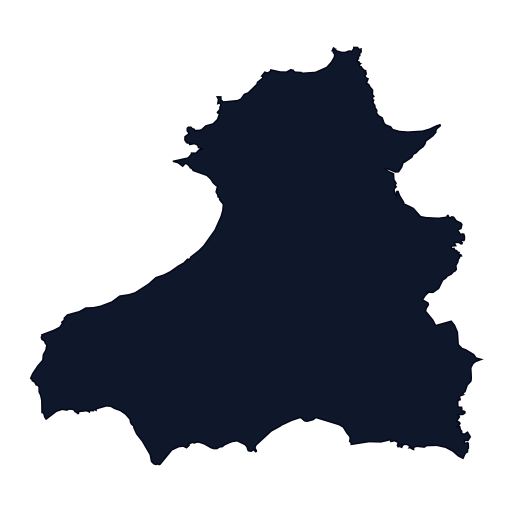 outline of Bangka Barat, Bangka-Belitung, Indonesia
{"feature_id": "22746128B47433230053131", "entity_name": "Bangka Barat", "entity_type": "district", "adm_level": 2, "iso_a3": "IDN", "parent_name": "Indonesia", "parent_adm1": "Bangka-Belitung", "projection": "orthographic", "projection_center": [105.522, -1.841], "detail": "fine", "context": "isolated", "style": "filled", "palette": "ink", "viewbox_px": 512, "rotation_deg": 0, "n_neighbors": 0, "source": "geoboundaries", "source_scale": "gbopen_adm2", "svg_char_len": 5992}
<svg xmlns="http://www.w3.org/2000/svg" viewBox="0 0 512 512"><path d="M453.6,217.2L451.9,216.8L449.4,218.2L448.1,215.5L447.4,215.5L446.7,217.2L438.7,218.3L426.1,217.7L420.5,216.6L413.3,208.4L403.7,203.8L403.2,203.1L403.7,202.4L399.6,195.7L398.0,191.4L396.9,191.4L396.3,192.4L396.6,195.9L394.7,193.7L394.0,189.2L396.2,186.7L394.9,185.4L396.1,183.3L393.9,179.7L393.5,173.7L388.8,171.7L385.4,169.3L387.7,168.8L395.5,172.0L398.5,171.8L401.6,167.2L403.3,162.1L404.4,162.2L411.8,157.2L413.3,154.1L415.9,152.9L419.1,149.5L423.0,146.7L424.8,144.2L425.8,141.0L432.8,135.8L435.9,132.1L435.5,131.6L436.6,128.8L440.1,126.0L440.3,125.2L439.8,124.8L436.0,126.1L429.7,129.1L422.6,131.2L407.9,132.1L399.6,131.5L392.6,129.6L390.7,126.9L386.1,125.1L384.2,123.6L382.2,117.9L378.6,115.8L376.4,113.0L376.9,110.6L375.0,107.6L374.8,105.4L372.8,102.6L373.7,100.2L372.7,99.6L372.5,98.3L373.0,96.7L373.8,96.4L372.4,94.5L372.6,90.1L369.5,86.4L369.3,85.3L367.7,83.8L366.7,84.2L366.3,83.6L368.1,78.8L366.4,78.1L365.1,76.4L365.0,75.6L366.2,74.1L365.9,71.9L364.9,71.8L365.5,70.6L364.3,70.4L362.0,68.2L361.3,66.8L360.0,66.9L359.3,64.7L360.6,63.6L359.3,63.1L359.0,61.9L357.5,61.5L357.2,59.5L358.5,58.8L358.5,56.3L359.8,55.6L359.6,53.3L360.8,52.6L361.3,50.8L360.8,50.2L361.1,49.0L358.8,49.4L357.6,47.5L353.8,47.4L353.8,48.6L352.0,51.3L349.0,51.0L345.4,52.4L341.6,52.4L336.6,50.9L335.4,50.0L335.6,49.3L334.5,49.2L334.4,48.4L333.5,48.0L332.1,50.8L333.5,51.4L333.4,52.7L334.7,54.2L334.4,57.1L331.6,62.0L326.8,67.4L315.5,72.4L302.3,73.3L301.3,72.5L295.3,72.2L293.6,71.4L293.4,70.4L290.9,69.7L286.4,72.1L280.3,72.0L270.8,69.9L270.5,71.2L268.8,72.4L267.2,73.0L264.9,72.1L261.7,76.1L262.7,76.4L262.9,77.5L262.1,78.7L257.5,82.3L257.0,84.3L248.2,92.9L244.4,94.3L241.0,99.0L237.7,100.6L223.2,102.0L220.9,99.8L220.9,96.9L217.2,96.8L218.5,99.5L217.8,103.6L219.9,102.8L220.9,105.0L219.9,107.4L220.0,109.4L217.4,112.3L218.0,113.2L219.7,113.3L217.5,119.5L213.1,123.9L205.8,125.9L201.6,129.8L199.1,130.4L194.3,130.5L194.3,129.4L192.0,128.4L190.9,127.2L188.3,127.3L187.3,128.2L187.2,130.8L189.2,133.5L185.0,136.7L184.9,140.0L186.1,141.9L187.2,143.0L189.2,143.1L189.7,144.5L194.5,143.6L197.9,145.2L198.4,147.5L203.2,149.1L199.3,149.8L195.9,153.2L191.5,153.1L191.3,154.4L188.1,158.0L172.9,161.3L178.1,162.7L182.7,166.2L184.8,163.8L186.5,163.5L189.0,165.6L190.5,168.0L191.6,168.0L193.2,170.5L207.0,175.4L210.8,179.0L213.1,182.7L216.1,185.5L217.6,186.1L216.1,191.9L217.8,194.8L218.0,196.8L219.9,197.8L219.5,198.9L220.1,200.2L223.4,204.3L222.8,210.5L221.1,216.6L215.0,230.2L203.8,245.9L199.0,250.7L190.7,257.2L189.8,259.4L187.5,259.2L183.9,263.0L178.5,266.0L170.3,271.8L163.9,275.0L156.0,277.6L148.7,284.1L135.2,292.8L129.2,294.7L119.8,296.1L111.9,302.0L100.5,306.3L93.2,307.8L85.9,308.0L79.3,311.7L67.5,314.9L64.3,318.1L64.2,320.2L61.8,322.2L62.6,323.1L59.8,327.3L53.7,330.4L41.8,334.9L42.1,336.3L41.3,337.1L41.8,339.2L44.7,341.2L45.3,343.2L46.9,345.1L46.0,349.4L46.4,349.4L43.4,354.5L42.8,360.3L37.9,365.9L32.7,373.7L30.7,378.3L32.0,379.4L32.4,380.8L34.6,381.9L36.2,384.9L37.9,385.3L39.1,387.1L39.1,391.8L40.7,395.3L41.8,400.3L42.0,412.6L43.7,413.0L44.7,416.9L46.1,419.1L56.3,411.3L62.1,409.3L67.0,410.1L68.5,409.1L72.4,409.2L74.4,410.3L75.1,411.8L77.7,412.5L77.4,413.4L78.4,413.5L78.9,411.5L86.8,410.7L89.4,412.0L89.8,410.5L93.4,410.7L94.0,409.4L96.1,410.3L96.1,408.8L106.3,405.9L110.7,406.2L114.5,408.4L120.4,410.5L125.7,414.2L130.0,419.2L130.7,422.7L131.7,424.4L133.8,425.9L133.9,427.7L136.7,433.9L142.4,441.1L150.3,454.7L151.5,461.4L153.8,463.8L156.3,464.5L157.7,463.9L159.2,464.6L160.1,464.2L171.8,449.9L178.6,446.7L183.2,446.1L186.6,447.7L189.1,445.3L188.6,444.1L192.3,442.3L194.0,443.0L197.5,442.0L199.4,442.2L204.6,444.0L211.0,447.7L213.9,448.6L216.8,448.6L219.9,446.8L222.2,446.7L224.5,444.8L229.1,442.7L232.3,441.5L237.2,440.8L244.9,444.5L246.9,446.6L248.1,450.4L248.9,450.9L251.3,451.2L253.5,449.5L255.6,451.7L256.3,451.4L256.3,450.5L254.9,448.1L255.8,445.2L271.2,431.0L280.6,425.8L280.9,424.9L281.4,425.1L291.7,420.3L299.7,417.6L301.4,417.9L304.5,420.8L307.0,421.3L313.2,419.6L315.9,417.5L339.1,424.6L343.3,427.1L347.0,433.1L349.8,436.4L350.2,438.3L349.7,441.4L351.2,442.7L351.2,444.4L369.0,441.6L380.8,441.9L390.2,439.7L390.8,441.5L394.6,440.7L397.8,442.2L398.7,443.7L397.7,444.0L397.4,445.6L398.0,446.7L399.8,446.5L401.7,447.3L402.0,444.9L402.6,445.7L403.4,444.5L406.5,444.3L408.8,445.4L409.8,446.8L409.2,447.7L411.1,447.4L411.1,448.4L413.6,449.5L413.6,447.9L414.4,446.9L417.1,446.3L424.3,447.1L426.6,445.6L436.8,445.3L445.7,447.3L452.9,451.1L458.3,455.9L463.0,458.3L465.3,453.2L467.5,451.9L467.6,449.2L468.4,448.1L468.3,443.3L467.3,442.7L465.5,443.5L464.5,442.8L464.4,440.4L468.0,440.5L470.3,436.8L467.5,432.2L464.0,434.5L461.9,433.2L461.3,432.6L461.7,431.2L460.4,429.7L459.7,426.6L457.4,426.8L457.1,426.4L458.7,425.6L460.0,423.4L459.1,422.1L456.7,421.0L459.4,416.9L458.1,414.7L462.9,414.4L464.9,413.0L465.0,412.0L463.8,411.0L462.1,411.4L461.6,407.3L458.9,407.3L457.9,406.4L457.7,401.8L458.4,400.1L460.0,399.9L460.2,399.1L459.2,396.8L460.0,395.9L462.8,394.9L462.3,394.8L463.9,392.3L465.0,391.6L467.2,385.1L470.9,381.1L471.3,378.2L470.8,367.8L472.8,363.8L475.4,361.6L481.3,359.4L476.0,358.0L473.8,354.7L465.9,349.9L461.9,348.4L458.2,344.6L457.4,332.2L454.5,325.4L451.3,321.2L435.6,325.6L432.8,320.1L425.5,311.2L426.2,308.2L428.4,304.8L428.0,303.0L422.4,299.8L425.3,295.3L427.9,292.8L427.2,292.2L432.9,292.4L438.6,288.4L442.6,280.2L445.9,277.9L447.2,276.1L451.3,274.1L453.1,272.0L455.3,270.8L456.3,269.3L455.8,265.6L457.8,261.9L458.3,259.2L459.4,257.9L459.8,256.1L461.5,255.9L461.1,255.0L458.4,254.0L459.1,252.5L457.2,251.9L456.6,250.6L454.9,250.3L454.0,248.4L451.9,248.7L451.3,248.1L451.5,246.0L455.7,245.7L454.6,243.5L455.0,242.4L459.2,242.5L460.9,243.9L461.9,243.8L462.3,242.7L461.1,241.6L461.1,240.6L461.8,240.0L463.8,240.6L464.4,239.7L464.5,236.7L463.9,234.4L462.8,233.9L460.5,234.5L457.9,230.5L458.0,229.6L460.9,228.6L461.9,224.5L460.8,223.0L456.2,220.8L453.6,217.2Z" fill="#0f172a" stroke="#020617" stroke-width="1.5"/></svg>